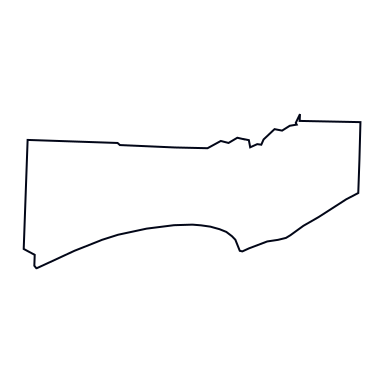 outline of Brevard, Florida, United States of America, rotated 92°
{"feature_id": "52423323B51894454867093", "entity_name": "Brevard", "entity_type": "district", "adm_level": 2, "iso_a3": "USA", "parent_name": "United States of America", "parent_adm1": "Florida", "projection": "orthographic", "projection_center": [-80.716, 28.307], "detail": "fine", "context": "isolated", "style": "outline", "palette": "ink", "viewbox_px": 384, "rotation_deg": 92, "n_neighbors": 0, "source": "geoboundaries", "source_scale": "gbopen_adm2", "svg_char_len": 823}
<svg xmlns="http://www.w3.org/2000/svg" viewBox="0 0 384 384"><g transform="rotate(92 192 192)"><path d="M187.2,25.8L153.9,25.8L116.3,26.1L117.2,86.9L110.4,86.8L119.3,90.7L121.0,89.7L122.4,96.6L127.5,104.1L126.3,111.7L137.0,122.3L142.3,124.4L141.9,128.5L145.3,135.4L138.2,137.0L137.4,141.8L137.5,141.8L136.2,148.6L141.7,157.2L140.0,165.0L147.7,178.0L148.1,210.7L147.6,265.7L145.6,268.1L145.7,358.1L254.8,358.2L260.3,347.0L271.2,347.0L273.6,344.9L273.6,344.5L254.8,307.3L244.1,282.8L243.0,280.4L237.3,264.4L230.2,236.1L225.8,208.8L225.1,198.0L224.6,190.4L225.0,181.8L226.0,172.3L226.6,169.9L228.2,163.2L230.7,156.3L234.8,150.5L238.2,147.0L249.1,142.2L249.6,139.6L246.3,133.0L238.8,115.1L236.8,104.3L234.6,96.5L231.8,92.2L221.9,79.5L212.7,64.7L193.9,37.6L187.2,25.8Z" fill="none" stroke="#020617" stroke-width="2"/></g></svg>